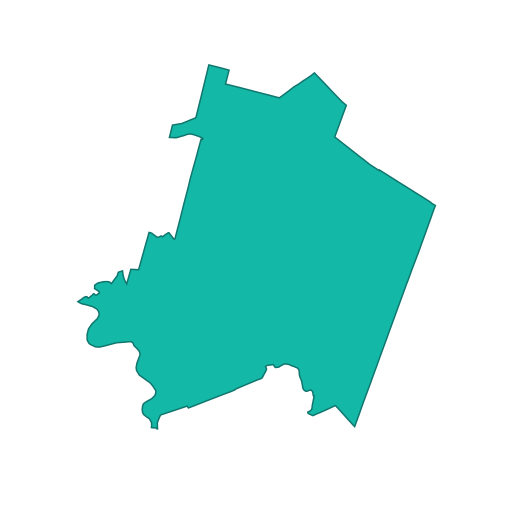 outline of Vulturu, Vrancea, Romania, rotated 194°
{"feature_id": "2599482B3824966858584", "entity_name": "Vulturu", "entity_type": "district", "adm_level": 2, "iso_a3": "ROU", "parent_name": "Romania", "parent_adm1": "Vrancea", "projection": "albers", "projection_center": [27.441, 45.598], "detail": "fine", "context": "isolated", "style": "filled", "palette": "teal", "viewbox_px": 512, "rotation_deg": 194, "n_neighbors": 0, "source": "geoboundaries", "source_scale": "gbopen_adm2", "svg_char_len": 4895}
<svg xmlns="http://www.w3.org/2000/svg" viewBox="0 0 512 512"><g transform="rotate(194 256 256)"><path d="M337.4,430.0L339.8,430.0L348.0,430.0L347.9,411.5L347.8,397.2L347.8,387.9L347.8,378.7L347.8,375.6L348.1,375.4L348.4,375.2L350.2,373.8L350.9,373.3L352.1,372.5L354.6,370.6L355.8,369.7L357.9,368.2L359.3,367.2L359.7,366.8L360.0,366.6L360.5,366.3L361.3,366.0L362.6,365.5L363.5,365.1L365.1,364.4L368.7,362.8L368.7,350.1L367.6,350.3L366.7,350.5L365.7,350.7L363.9,351.0L363.2,351.2L362.0,351.5L360.9,352.0L359.5,352.9L358.1,353.7L357.4,354.2L355.9,354.9L355.0,355.5L354.3,355.9L353.5,356.5L352.1,357.4L350.9,357.9L349.6,358.4L348.5,358.6L347.2,358.7L346.1,358.6L344.8,358.6L343.1,358.4L341.1,358.3L339.6,358.1L338.7,357.9L337.3,357.6L336.9,357.6L336.3,357.4L336.1,357.3L336.0,356.2L336.6,355.9L337.2,356.0L337.5,356.0L337.6,355.1L337.6,352.9L337.7,349.6L337.9,336.9L338.3,323.6L338.4,318.5L338.5,316.7L338.5,315.5L338.4,306.7L338.6,287.7L338.6,274.1L338.6,273.4L338.7,264.1L338.8,253.0L339.8,252.6L346.1,257.5L346.6,257.4L347.0,257.1L347.6,256.4L348.5,255.5L349.7,254.1L350.4,253.3L350.8,252.6L351.2,252.0L351.7,252.2L352.3,252.5L352.8,252.5L353.0,252.5L353.4,252.1L353.7,251.9L354.2,251.3L354.4,251.1L355.4,250.6L356.3,250.3L357.6,250.7L358.3,251.1L360.2,251.8L362.6,252.9L363.1,253.0L365.5,253.0L365.6,247.7L365.8,242.4L366.3,224.2L366.6,214.3L374.2,212.8L374.7,197.8L375.3,198.4L376.2,199.2L377.3,200.4L377.9,201.2L378.5,202.0L378.9,202.7L379.2,203.2L379.9,204.5L380.4,205.4L380.7,206.2L381.0,207.0L381.5,208.4L381.9,209.3L385.7,206.9L385.8,203.5L386.1,202.8L388.2,197.7L389.6,194.2L391.2,195.0L391.7,195.3L391.9,195.3L392.1,195.2L393.0,195.3L393.7,195.2L394.5,195.1L395.3,194.9L397.9,194.1L399.5,193.3L401.3,192.4L402.1,192.0L402.7,191.6L403.2,191.3L404.0,190.3L404.7,189.6L405.4,188.7L404.8,185.4L404.7,185.3L403.3,184.8L402.3,184.5L401.4,184.1L401.0,184.0L400.6,183.9L399.9,183.6L399.7,183.4L399.0,182.4L399.5,181.9L400.7,180.2L401.1,179.8L401.5,179.4L401.8,179.3L402.1,179.2L402.3,179.3L403.0,179.6L403.8,180.0L404.1,180.2L404.4,180.1L404.6,180.0L404.7,179.8L405.5,178.1L406.4,177.2L407.3,175.9L408.4,174.5L408.8,174.7L409.5,175.0L410.0,175.5L410.5,175.6L411.2,175.4L411.8,175.0L412.3,174.7L412.7,174.5L413.7,173.1L414.2,172.8L414.7,171.9L415.1,171.5L417.8,168.6L417.1,168.4L415.9,168.0L413.2,167.5L408.9,167.6L407.8,167.6L404.7,167.4L402.5,167.4L397.5,166.0L395.0,163.7L393.9,160.9L394.8,156.8L398.6,150.8L399.4,148.8L400.9,144.7L400.9,140.8L400.9,138.9L399.9,135.1L399.5,133.6L397.2,131.1L396.5,130.7L395.7,130.2L389.7,129.0L385.7,129.8L381.0,132.2L370.5,138.0L361.3,141.1L357.2,142.5L355.2,142.4L354.0,141.4L352.7,139.5L348.7,137.2L346.4,135.5L344.8,133.1L344.7,131.2L345.3,126.5L345.6,123.1L345.3,118.7L344.2,116.0L340.4,112.2L328.0,107.3L324.7,104.9L320.5,101.0L320.1,98.4L320.5,95.9L322.6,92.4L327.3,88.0L329.5,85.3L329.7,82.9L329.3,79.5L328.1,76.6L326.5,74.9L324.3,73.9L319.9,72.2L317.1,69.1L316.2,66.3L316.0,64.2L312.5,64.7L311.3,65.0L311.1,64.9L310.5,64.4L310.1,64.3L309.7,64.4L310.2,66.0L311.4,70.2L310.9,74.4L310.2,78.6L286.5,93.7L284.8,92.2L277.0,97.7L268.2,104.0L252.4,115.1L247.8,118.2L244.1,121.0L243.6,121.9L240.1,124.6L232.9,130.0L226.3,134.9L224.1,136.5L221.6,138.1L220.5,139.3L219.7,142.7L218.7,146.4L218.4,148.6L218.7,149.5L220.0,150.9L218.9,152.4L217.5,153.1L215.1,153.9L213.5,154.7L212.4,154.3L211.1,153.1L210.3,152.5L207.0,153.7L205.4,155.5L202.8,157.8L200.8,158.5L197.8,158.7L194.5,158.1L191.8,157.9L188.9,157.4L187.9,156.9L186.6,155.5L185.7,152.9L184.9,150.6L183.8,148.8L182.4,147.0L181.5,145.7L180.3,143.1L179.7,141.7L178.8,139.7L178.0,138.3L176.8,137.5L175.5,136.9L174.5,136.9L173.7,137.2L173.1,137.6L172.0,138.4L171.2,138.9L170.1,139.1L169.3,138.8L168.5,138.2L168.0,137.4L167.1,135.6L166.7,134.4L165.9,134.5L165.7,133.2L165.6,131.8L165.4,128.2L165.3,125.2L164.9,122.3L164.9,120.7L165.6,119.2L166.3,118.5L167.5,117.6L168.0,117.0L167.5,116.1L166.8,115.7L165.2,115.4L162.1,114.9L161.3,115.5L158.5,117.8L156.5,119.2L151.2,123.3L142.8,130.1L139.0,127.7L121.7,116.0L119.0,114.3L118.3,120.9L117.6,127.6L116.6,138.4L114.2,160.0L112.8,173.8L112.3,177.9L111.4,187.3L111.2,189.2L109.9,201.2L104.4,253.4L103.5,261.6L103.3,264.0L102.6,269.2L102.6,269.4L101.8,276.9L101.3,281.7L101.2,282.6L100.0,292.5L99.5,296.5L99.1,299.9L98.0,311.2L97.9,311.6L97.8,312.9L97.6,314.6L95.5,335.6L95.1,340.1L95.0,341.1L94.2,348.4L96.6,349.1L98.9,349.9L99.3,350.3L104.9,352.2L135.8,362.3L146.4,365.8L157.0,369.3L157.0,368.7L157.5,368.8L167.7,372.3L172.8,374.6L174.0,375.2L179.6,377.6L179.8,377.7L181.6,378.5L200.1,386.8L205.8,389.4L208.4,390.5L207.3,400.8L206.3,410.4L206.0,413.2L204.8,424.0L209.4,426.3L215.5,430.0L224.7,435.8L224.9,436.0L230.6,439.6L236.6,443.4L243.6,447.8L246.1,444.5L251.5,438.4L252.0,438.1L255.9,433.5L258.9,430.5L260.2,429.2L264.8,423.3L271.6,415.1L312.6,415.5L327.2,415.5L327.1,429.8L335.2,430.0L337.4,430.0Z" fill="#14b8a6" stroke="#0f766e" stroke-width="1.5"/></g></svg>